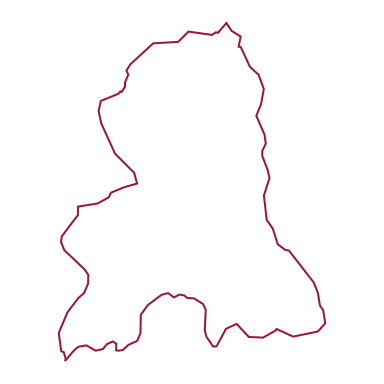 Coyah, Coyah, Guinea (Natural Earth projection)
{"feature_id": "49546643B61702032280321", "entity_name": "Coyah", "entity_type": "district", "adm_level": 2, "iso_a3": "GIN", "parent_name": "Guinea", "parent_adm1": "Coyah", "projection": "natural_earth1", "projection_center": [-13.337, 9.751], "detail": "fine", "context": "isolated", "style": "outline", "palette": "rose", "viewbox_px": 384, "rotation_deg": 0, "n_neighbors": 0, "source": "geoboundaries", "source_scale": "gbopen_adm2", "svg_char_len": 1387}
<svg xmlns="http://www.w3.org/2000/svg" viewBox="0 0 384 384"><path d="M65.0,361.0L74.3,350.1L78.5,346.7L86.5,345.4L95.6,350.7L103.0,349.0L106.8,344.2L112.8,341.4L116.3,343.7L116.1,350.3L118.3,350.7L122.9,350.0L128.4,344.9L137.2,340.9L140.5,332.9L140.8,314.7L148.1,304.8L161.6,294.8L168.1,293.1L173.9,297.4L179.4,294.6L184.1,295.3L187.4,298.0L194.0,298.4L203.0,304.0L205.7,309.5L204.8,330.4L206.4,336.7L213.1,346.5L216.6,346.3L226.0,328.8L236.6,323.9L248.9,337.0L263.1,337.6L275.6,330.5L276.6,329.0L293.1,336.6L317.9,331.5L325.2,323.3L325.2,323.1L323.2,310.2L319.9,305.5L318.0,293.3L313.8,282.6L288.8,250.4L285.5,250.1L277.8,244.4L272.8,228.6L266.7,219.9L263.9,195.4L269.5,178.3L267.7,170.1L262.3,156.0L262.3,150.8L265.8,143.7L264.5,134.6L256.3,115.8L261.1,104.0L263.8,89.0L258.6,74.8L249.9,66.8L240.7,47.0L238.6,46.7L240.7,36.6L231.5,30.8L226.4,23.0L218.0,32.8L215.8,32.3L211.9,34.9L188.5,31.6L178.1,41.9L153.3,43.3L130.6,64.0L126.4,70.6L128.3,74.7L125.0,82.4L125.0,86.7L121.6,92.1L120.3,91.4L118.3,93.8L100.8,100.9L98.6,111.2L101.3,123.4L115.0,153.6L134.1,172.7L137.1,183.5L124.0,187.3L110.9,192.7L108.9,197.2L97.6,203.5L78.0,206.6L77.9,215.3L75.1,218.7L61.7,236.5L61.1,241.6L61.0,241.9L64.4,250.4L68.8,254.4L84.9,269.8L88.3,274.9L88.1,283.5L84.0,293.2L78.5,297.8L67.4,312.4L58.8,332.9L61.2,351.3L63.8,352.2L65.7,358.8L65.0,361.0Z" fill="none" stroke="#9f1239" stroke-width="2"/></svg>